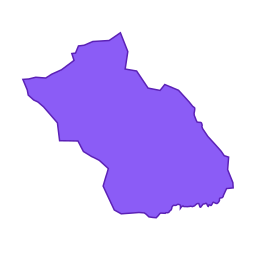 Caxir, Arhangay, Mongolia, rotated 257°
{"feature_id": "93677404B64236093980900", "entity_name": "Caxir", "entity_type": "district", "adm_level": 2, "iso_a3": "MNG", "parent_name": "Mongolia", "parent_adm1": "Arhangay", "projection": "albers", "projection_center": [98.445, 47.977], "detail": "fine", "context": "isolated", "style": "filled", "palette": "violet", "viewbox_px": 256, "rotation_deg": 257, "n_neighbors": 0, "source": "geoboundaries", "source_scale": "gbopen_adm2", "svg_char_len": 2198}
<svg xmlns="http://www.w3.org/2000/svg" viewBox="0 0 256 256"><g transform="rotate(257 128 128)"><path d="M220.2,113.2L218.5,103.9L219.1,98.2L212.8,93.7L213.2,90.0L206.0,90.6L199.7,76.3L197.6,65.8L195.2,59.1L198.2,49.5L198.1,42.3L199.0,36.5L187.7,38.4L182.5,38.2L176.5,42.4L173.7,46.0L167.6,50.5L160.6,54.2L148.9,60.4L131.0,58.5L128.7,68.0L126.6,76.3L123.6,77.1L122.1,77.5L120.8,77.8L120.7,77.8L115.1,79.3L111.0,83.5L108.4,86.1L106.8,88.2L103.1,92.6L102.9,92.7L102.6,93.0L92.9,99.7L88.7,97.4L85.2,95.3L77.0,90.7L71.7,91.8L59.6,94.4L58.8,94.5L58.2,94.7L56.8,95.0L51.2,96.2L45.9,102.1L44.1,113.7L43.2,119.7L42.3,122.6L41.6,124.8L39.9,126.3L36.7,128.4L35.3,131.9L34.2,135.3L35.7,137.6L36.6,138.7L37.5,139.9L37.7,140.6L37.6,141.2L36.5,145.1L36.9,145.7L36.9,146.1L36.6,147.1L36.5,148.0L36.8,149.0L37.2,149.5L37.6,149.7L38.2,151.2L38.8,151.8L39.5,152.4L40.9,152.9L41.8,153.8L42.4,154.8L42.4,155.2L42.2,155.8L41.9,156.8L41.9,157.5L42.4,159.0L42.2,160.2L41.6,161.1L40.8,161.7L39.5,161.4L38.0,161.0L39.0,162.1L39.6,163.5L39.6,164.1L39.0,164.6L38.8,164.9L38.6,165.8L38.4,166.8L38.0,168.0L37.7,170.5L37.7,171.5L37.0,172.9L36.9,173.1L37.2,175.3L38.0,176.7L38.7,178.1L38.7,179.2L38.4,180.0L36.1,180.2L35.0,180.3L34.6,180.6L34.5,181.0L35.2,181.8L36.0,182.9L36.8,183.8L37.0,184.8L36.8,185.8L37.1,186.6L37.0,187.2L36.5,187.6L35.7,187.8L34.7,188.0L33.7,188.3L33.5,188.6L33.9,189.0L34.6,189.3L34.9,189.7L34.8,190.1L34.3,190.7L33.9,191.2L33.9,191.7L34.9,192.8L35.5,193.3L36.2,193.9L36.4,194.2L36.4,194.7L35.9,195.3L34.8,196.7L34.4,197.7L34.9,198.9L35.9,200.1L36.8,200.8L38.0,201.1L38.7,201.4L39.0,201.9L39.0,203.0L38.9,203.4L39.0,204.2L39.7,205.2L40.2,205.5L40.7,205.7L46.8,210.4L46.0,217.0L51.2,217.9L65.0,215.7L77.0,219.5L79.4,215.5L84.5,213.5L92.2,209.3L101.8,203.9L110.4,200.6L112.7,200.3L113.7,200.8L114.6,200.9L115.9,200.8L116.6,200.6L117.1,200.1L117.3,199.4L117.8,197.7L118.1,197.0L118.4,196.6L119.8,196.3L120.6,196.1L121.4,196.0L123.5,195.7L125.4,195.4L127.5,195.7L129.7,196.7L131.7,197.4L132.8,197.4L134.7,195.8L139.9,193.3L153.4,185.7L162.1,173.6L157.4,167.7L162.4,156.5L181.6,149.2L186.1,138.5L202.5,145.0L222.5,142.0L217.5,129.3L220.2,113.2Z" fill="#8b5cf6" stroke="#5b21b6" stroke-width="1.5"/></g></svg>